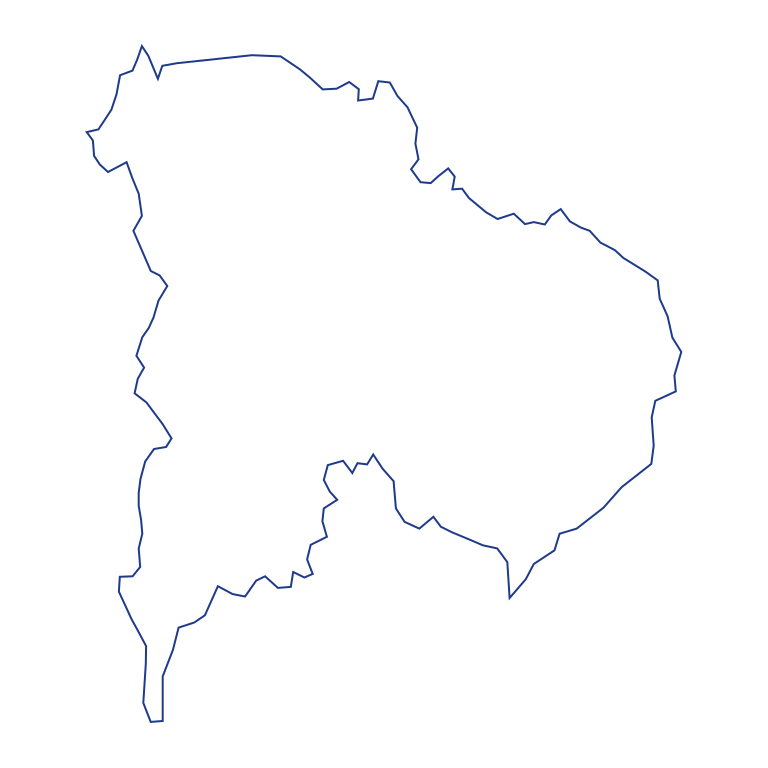 outline of Santa Cecília do Sul, Rio Grande do Sul, Brazil
{"feature_id": "56859067B17370166314486", "entity_name": "Santa Cecília do Sul", "entity_type": "district", "adm_level": 2, "iso_a3": "BRA", "parent_name": "Brazil", "parent_adm1": "Rio Grande do Sul", "projection": "equal_earth", "projection_center": [-51.909, -28.193], "detail": "fine", "context": "isolated", "style": "outline", "palette": "blue", "viewbox_px": 768, "rotation_deg": 0, "n_neighbors": 0, "source": "geoboundaries", "source_scale": "gbopen_adm2", "svg_char_len": 2033}
<svg xmlns="http://www.w3.org/2000/svg" viewBox="0 0 768 768"><path d="M150.7,721.9L162.7,721.0L162.7,676.4L173.0,649.7L178.6,627.6L194.3,622.5L204.9,615.3L217.9,586.2L232.6,594.1L245.1,596.5L256.2,580.6L265.1,576.3L277.9,587.9L290.8,586.9L293.2,572.0L304.4,577.5L312.7,573.9L307.1,559.5L310.7,544.8L326.9,536.8L322.4,521.2L323.8,508.4L337.2,499.8L329.8,491.6L323.8,480.0L327.8,465.1L343.1,460.8L352.3,473.0L357.5,463.2L367.1,464.4L373.2,454.5L382.6,468.7L393.6,481.2L395.9,508.4L404.6,521.9L419.3,528.6L433.4,516.8L440.8,526.7L452.0,532.3L469.8,539.7L482.8,545.3L497.2,548.4L507.3,562.1L509.6,598.0L525.8,579.2L533.8,564.0L554.5,550.3L559.6,533.7L576.7,528.6L603.5,507.7L621.6,487.2L651.3,463.9L653.7,445.8L651.7,417.4L655.3,400.8L675.8,391.4L674.4,375.5L681.3,351.9L672.4,337.7L667.6,316.3L659.7,298.7L657.7,280.4L645.6,271.7L623.4,258.0L614.8,250.1L600.4,242.6L589.7,230.8L581.1,227.7L569.9,221.4L560.7,209.1L551.3,215.4L544.8,224.5L533.8,222.1L525.0,224.1L513.8,213.7L497.6,219.0L486.1,212.3L476.5,204.3L469.0,198.1L462.1,188.7L452.4,189.4L454.7,176.6L448.2,168.4L438.1,176.4L430.7,183.1L420.5,182.2L411.1,169.2L418.5,159.3L415.4,143.6L417.2,127.7L407.5,107.3L397.4,95.9L389.8,82.5L378.3,81.2L372.9,98.6L358.1,100.5L358.8,89.2L349.2,82.0L336.6,88.7L322.7,89.4L309.9,77.6L300.0,69.4L280.7,56.4L251.9,55.2L177.0,63.2L162.3,65.8L157.9,78.8L148.4,56.0L141.9,46.1L137.2,59.6L132.5,70.6L120.1,75.2L116.5,94.3L111.4,109.7L104.0,121.0L98.4,129.4L86.7,132.1L92.9,140.5L94.1,155.9L99.9,164.6L108.0,172.0L126.6,162.2L132.2,177.8L138.7,193.7L141.9,215.9L133.4,230.8L150.8,271.0L159.6,275.4L167.3,286.0L158.5,300.6L153.5,317.5L148.8,327.9L142.3,337.2L136.4,355.8L144.1,367.6L137.8,378.7L134.6,393.3L146.5,402.5L153.5,411.9L162.7,424.2L171.5,438.4L166.1,447.0L154.0,449.0L145.2,461.5L140.5,478.8L138.7,492.8L138.7,505.8L141.1,520.0L142.3,533.7L138.7,548.6L140.2,566.9L132.6,576.3L119.8,576.8L118.9,591.7L125.8,606.6L131.4,618.9L137.9,630.7L146.1,646.1L145.8,663.9L143.3,702.9L150.7,721.9Z" fill="none" stroke="#1e3a8a" stroke-width="2"/></svg>